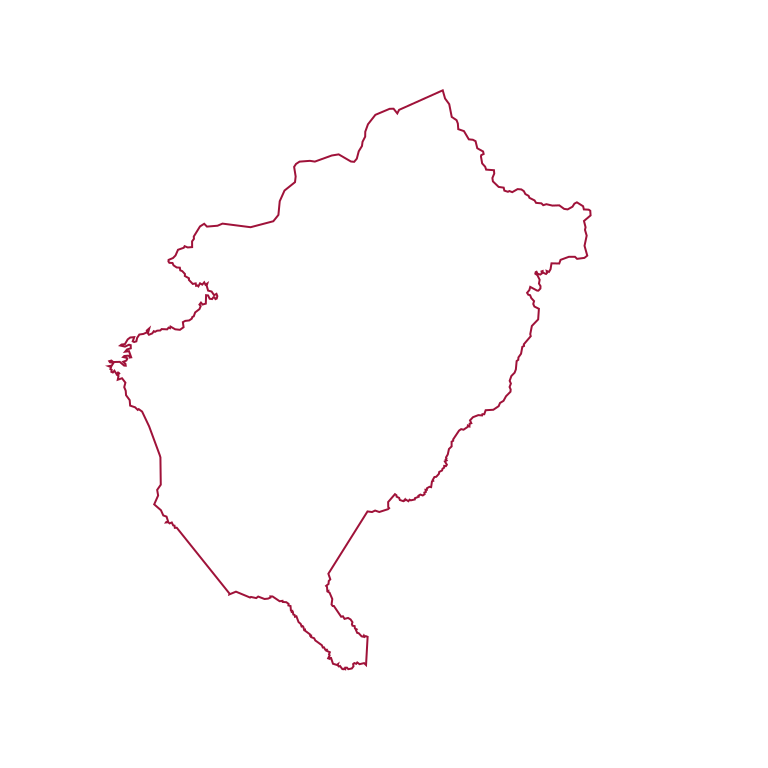 Kasempa, North-Western, Zambia (Mercator projection), rotated 246°
{"feature_id": "96606910B75049689384444", "entity_name": "Kasempa", "entity_type": "district", "adm_level": 2, "iso_a3": "ZMB", "parent_name": "Zambia", "parent_adm1": "North-Western", "projection": "mercator", "projection_center": [25.871, -13.795], "detail": "fine", "context": "isolated", "style": "outline", "palette": "rose", "viewbox_px": 768, "rotation_deg": 246, "n_neighbors": 0, "source": "geoboundaries", "source_scale": "gbopen_adm2", "svg_char_len": 6166}
<svg xmlns="http://www.w3.org/2000/svg" viewBox="0 0 768 768"><g transform="rotate(246 384 384)"><path d="M254.7,157.1L254.5,164.3L243.4,174.8L243.6,175.8L240.4,180.2L241.0,182.6L236.2,187.4L235.1,190.8L235.1,193.4L236.2,193.8L235.2,195.8L228.0,200.3L227.2,203.1L226.1,202.8L224.4,206.0L222.0,207.4L220.6,206.6L219.2,208.3L214.9,206.8L214.2,207.9L213.1,207.1L212.7,208.0L210.3,207.4L209.3,208.4L207.6,208.0L207.4,209.5L201.3,209.1L198.8,210.3L196.0,210.1L196.0,211.2L194.9,211.5L191.8,211.0L191.7,211.9L190.8,211.5L185.5,214.5L184.0,214.2L183.8,215.1L182.4,214.5L180.1,216.8L177.7,216.9L170.6,221.0L168.2,220.9L167.9,222.0L165.1,222.3L164.5,223.6L163.8,222.9L161.0,225.4L159.4,223.8L158.3,224.0L156.1,221.4L155.2,222.3L156.1,222.8L155.3,224.2L149.2,223.6L146.5,226.7L146.8,228.0L146.0,227.3L144.3,227.9L144.3,229.1L140.5,230.0L139.8,231.2L140.2,231.9L139.3,232.6L140.6,233.3L139.9,234.8L138.0,235.4L137.2,238.9L138.5,241.3L140.7,241.9L141.1,243.4L139.7,244.8L140.5,246.3L138.0,247.7L137.1,252.3L134.6,253.3L159.7,266.2L161.1,264.8L160.9,263.4L162.4,263.3L161.6,262.2L162.6,260.9L166.7,259.5L167.5,258.3L170.6,258.3L171.0,259.2L172.5,258.0L174.8,258.7L176.0,256.9L177.7,257.0L179.2,258.3L182.5,257.7L184.9,256.0L185.5,252.4L188.5,252.0L188.8,250.2L201.6,247.9L202.1,246.8L203.9,246.4L208.6,249.3L215.5,249.4L216.8,248.4L217.7,249.0L217.9,248.0L221.8,249.4L223.1,249.0L223.9,252.0L226.5,253.4L227.4,255.5L233.3,256.0L274.3,317.1L271.9,321.0L272.0,324.4L269.0,327.6L268.0,336.8L268.5,338.2L269.8,337.8L274.5,339.8L278.9,349.2L277.3,350.1L275.9,349.7L273.8,351.5L271.6,351.3L269.1,354.0L269.9,356.0L269.2,355.8L269.4,357.0L267.0,358.6L267.9,360.3L266.8,361.2L266.0,365.2L267.1,365.9L266.9,369.9L267.9,370.0L268.2,372.2L266.4,374.1L266.8,376.3L268.4,376.7L268.4,378.4L270.5,378.9L269.9,380.1L271.3,380.9L271.6,383.7L270.6,385.1L275.5,388.2L275.5,389.6L276.5,389.5L278.5,392.2L278.0,394.0L279.6,397.6L281.2,398.7L281.4,401.9L282.8,403.0L283.1,404.9L284.7,405.7L283.8,407.2L284.7,408.6L288.6,408.1L288.7,410.1L290.0,409.7L290.4,410.7L291.7,410.8L293.7,413.6L298.2,416.9L299.5,420.4L303.8,422.3L304.0,424.1L305.3,424.7L310.9,433.6L311.4,436.1L309.9,438.1L310.8,443.1L311.9,443.7L310.5,444.8L312.9,446.1L312.7,447.8L315.8,447.8L317.5,451.8L317.2,457.5L315.4,460.8L316.4,461.6L315.6,463.3L318.7,466.2L316.0,473.4L317.1,479.7L319.5,482.3L320.0,486.3L323.2,490.5L325.5,496.4L327.5,497.5L330.2,497.5L332.8,500.1L335.8,500.1L339.5,503.6L341.2,507.9L343.7,510.4L351.0,514.5L351.5,516.5L353.6,517.6L355.9,521.5L361.7,525.5L361.8,527.4L363.4,527.9L368.0,537.5L370.1,537.9L376.9,542.7L380.3,551.1L389.7,556.1L393.6,552.9L396.4,552.9L398.7,554.8L402.6,553.5L405.7,553.6L406.9,552.1L409.1,551.8L410.7,555.0L413.2,557.1L407.0,561.9L406.5,563.0L407.6,565.7L409.8,566.8L412.7,566.4L415.9,568.6L421.0,568.4L423.2,567.1L424.5,568.1L424.5,569.0L422.3,569.1L420.4,571.3L420.8,573.2L422.8,573.7L422.7,574.9L421.2,574.4L418.6,576.8L419.2,578.2L421.1,578.6L419.3,580.3L421.1,582.8L426.1,586.1L422.8,593.1L425.6,595.8L425.0,604.7L422.5,610.2L419.8,611.3L417.7,618.4L418.6,621.9L428.7,623.4L437.1,629.5L443.1,630.3L445.2,631.9L451.6,633.0L454.0,641.3L458.4,642.9L460.0,641.9L462.2,637.6L465.4,638.2L471.5,634.1L471.3,631.3L469.3,628.3L468.8,622.8L470.7,619.8L475.9,616.8L478.5,610.4L482.2,605.5L482.6,602.2L485.0,601.3L487.6,596.6L490.5,596.2L494.9,592.6L497.1,592.6L500.0,590.4L503.3,590.2L505.9,588.6L507.7,585.3L507.1,579.2L509.3,577.0L509.2,575.4L511.7,572.6L514.7,573.2L517.4,568.9L524.8,565.9L528.1,566.8L531.4,570.3L534.6,571.4L538.3,564.5L541.3,564.8L545.6,563.4L552.4,565.1L553.5,565.9L553.6,568.6L556.1,569.1L561.4,565.1L568.6,566.4L571.0,564.5L573.0,561.0L582.5,559.9L586.6,555.5L591.9,557.4L595.5,557.6L600.4,554.5L613.1,557.4L620.0,555.9L628.4,557.1L628.3,509.3L625.8,506.2L631.6,504.7L633.1,501.1L633.4,485.6L627.8,475.0L622.1,469.5L617.6,467.4L614.0,462.9L610.4,460.7L606.9,455.6L600.9,450.8L599.1,447.1L600.7,444.3L612.2,436.0L614.0,429.2L615.3,411.3L618.0,407.1L621.5,397.3L620.8,393.1L618.9,390.2L609.5,387.7L604.6,384.8L601.2,371.8L593.4,363.1L581.4,356.3L577.7,349.1L581.5,325.9L596.2,301.7L596.3,296.3L599.8,286.3L603.5,284.9L602.8,280.0L596.1,270.2L593.9,269.4L592.4,266.7L587.1,264.4L588.6,260.2L591.0,257.9L589.9,256.5L590.4,250.4L586.2,245.8L584.9,242.5L585.0,237.7L583.6,236.9L582.0,237.2L580.6,240.0L578.0,240.0L574.8,242.0L573.3,244.8L570.7,244.1L569.2,245.6L565.5,246.9L563.7,246.0L559.9,248.8L558.4,248.1L553.2,250.0L552.5,252.9L550.1,252.3L549.9,253.6L548.7,254.1L550.8,256.9L548.7,258.4L550.0,261.1L547.3,261.3L547.7,263.5L546.0,262.0L540.9,261.3L538.6,264.1L534.2,264.9L534.5,267.6L532.1,267.5L530.1,265.9L530.1,264.6L532.0,264.4L532.6,263.4L531.5,261.5L532.8,259.4L536.5,259.3L537.5,257.6L529.9,253.9L530.4,250.6L532.8,249.9L531.6,247.7L529.7,248.2L527.5,245.9L526.2,240.6L523.2,237.7L523.2,236.2L521.9,235.0L521.3,231.9L522.5,228.1L522.3,225.4L517.4,224.0L516.5,219.6L518.9,215.5L523.3,212.3L522.0,211.2L523.1,210.1L522.1,208.2L524.6,203.2L523.9,201.4L525.0,198.4L524.8,196.0L525.9,195.2L524.5,192.9L524.6,189.3L526.3,188.9L530.3,192.2L529.3,189.0L527.6,188.6L527.6,184.6L528.7,180.6L526.5,177.2L523.7,175.1L524.0,172.8L525.2,171.8L528.4,174.9L529.7,171.1L529.0,168.0L525.8,163.5L526.8,160.3L526.4,158.7L523.5,162.6L523.6,167.0L522.5,168.4L519.6,167.2L520.1,163.3L518.8,160.7L517.7,164.4L511.2,163.9L511.6,162.5L513.3,162.6L514.0,161.7L515.2,158.1L514.7,156.7L512.5,159.6L511.5,159.8L510.2,158.1L510.4,154.8L507.6,156.0L505.8,155.5L506.5,154.1L511.7,151.6L514.2,145.6L516.3,144.5L516.6,142.3L515.3,142.5L513.4,145.6L511.5,142.7L512.3,139.7L510.4,141.5L508.9,140.1L507.7,141.0L506.0,139.9L504.8,141.0L505.8,143.1L501.9,143.7L502.7,145.7L502.0,146.2L501.3,146.4L500.6,144.0L499.3,144.7L496.2,142.5L495.8,147.0L490.4,148.3L486.8,145.4L482.9,145.3L478.7,143.8L472.7,145.1L467.5,143.3L464.0,147.1L460.5,148.5L460.8,149.7L457.2,151.8L440.8,152.2L410.3,150.2L407.9,149.9L382.8,139.1L379.5,133.7L374.0,132.3L367.5,125.1L359.4,128.9L353.7,128.9L351.3,131.4L345.9,130.8L346.4,129.1L346.4,128.8L346.2,128.5L345.5,130.7L343.9,131.4L343.8,133.8L340.6,133.9L339.8,135.0L337.7,134.4L337.0,136.2L255.4,157.6L254.7,157.1Z" fill="none" stroke="#9f1239" stroke-width="2"/></g></svg>